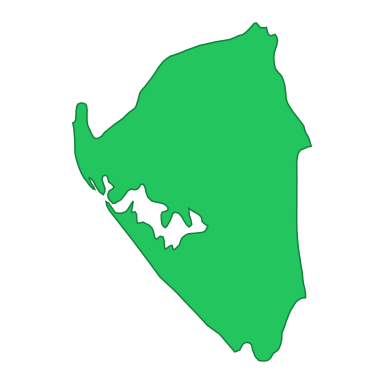 Ndougou, Ogooué-Maritime, Gabon
{"feature_id": "22940354B74005862204828", "entity_name": "Ndougou", "entity_type": "district", "adm_level": 2, "iso_a3": "GAB", "parent_name": "Gabon", "parent_adm1": "Ogooué-Maritime", "projection": "equal_earth", "projection_center": [10.09, -2.451], "detail": "fine", "context": "isolated", "style": "filled", "palette": "green", "viewbox_px": 384, "rotation_deg": 0, "n_neighbors": 0, "source": "geoboundaries", "source_scale": "gbopen_adm2", "svg_char_len": 3604}
<svg xmlns="http://www.w3.org/2000/svg" viewBox="0 0 384 384"><path d="M305.5,297.8L305.5,293.7L304.7,288.6L303.5,284.1L302.8,279.1L302.3,272.8L301.1,266.6L300.2,260.3L299.1,253.1L298.1,246.7L297.4,238.0L296.8,229.6L296.7,217.4L296.9,178.1L296.8,172.2L296.8,168.6L296.7,162.3L297.3,157.3L298.0,153.7L300.3,150.2L303.2,148.9L307.8,146.9L310.3,146.4L311.2,146.2L310.2,142.6L309.3,139.6L307.8,136.0L305.9,133.2L304.8,129.9L303.6,125.7L300.6,121.7L292.4,111.1L289.8,106.9L287.5,103.0L286.2,99.1L285.8,93.4L285.3,89.6L284.6,84.6L283.4,80.5L281.8,76.4L280.2,74.4L278.0,72.2L275.6,68.9L274.5,65.5L274.0,61.3L273.8,57.4L274.3,52.7L275.6,48.4L276.7,45.3L277.5,40.6L276.9,37.3L275.0,34.4L273.1,35.0L271.4,35.8L269.8,35.5L268.0,33.6L266.3,27.4L264.2,27.8L260.4,27.6L258.5,25.4L256.4,23.0L254.3,23.3L251.9,26.0L249.1,29.2L248.1,30.1L245.3,32.8L242.3,34.8L238.3,35.8L235.1,37.4L229.1,39.7L216.4,41.7L199.4,45.5L193.5,47.7L185.8,50.5L180.5,52.8L170.5,56.2L166.6,58.7L163.4,61.4L159.4,66.2L153.0,76.0L145.1,86.4L141.6,90.3L139.8,93.1L138.6,98.1L137.5,101.9L135.9,106.7L134.4,108.7L129.3,112.2L122.9,118.4L119.0,121.3L116.3,123.1L113.5,125.2L111.0,127.2L107.5,130.1L104.7,132.3L103.7,133.5L101.8,136.1L98.7,138.0L96.0,138.6L93.8,137.6L92.4,135.4L91.2,133.1L89.4,129.1L87.6,125.1L87.0,120.2L87.0,114.5L87.1,110.0L86.5,105.5L84.9,103.7L81.2,102.9L78.1,104.0L76.9,106.0L76.0,111.4L76.0,114.4L75.8,119.2L74.6,122.1L72.8,122.9L73.9,128.9L74.8,140.6L75.0,153.2L76.3,159.0L77.9,164.2L79.8,169.5L81.4,173.2L84.1,178.1L86.0,180.4L88.4,183.7L90.3,186.1L92.9,188.8L94.8,189.4L93.7,186.9L91.5,184.0L89.8,180.2L89.0,177.9L90.7,178.4L93.3,181.1L95.4,185.5L97.5,188.7L99.7,192.0L103.2,194.7L104.7,191.9L105.0,188.4L103.7,184.8L102.0,179.6L102.8,176.3L105.3,175.2L107.3,176.4L108.3,179.7L108.7,182.1L111.1,183.7L114.0,186.7L112.7,188.8L109.4,190.7L107.9,194.2L108.0,197.3L109.7,200.2L112.6,203.2L114.8,203.3L121.0,199.7L124.0,196.1L127.8,190.9L131.1,188.9L134.4,189.8L137.8,188.9L139.4,186.7L141.1,184.2L143.5,184.5L145.0,187.2L146.0,192.0L147.8,197.1L151.4,200.7L155.5,202.0L158.4,202.5L162.6,203.4L165.6,205.0L168.1,207.6L167.8,210.0L165.7,211.2L162.3,212.2L161.2,214.6L161.3,219.1L161.9,223.9L163.6,226.5L165.5,227.6L167.0,225.9L170.0,221.0L171.3,217.5L173.0,213.3L175.1,212.2L178.7,213.1L181.4,216.2L183.7,220.2L186.6,224.8L189.1,227.0L191.7,224.6L190.9,220.0L189.2,214.7L188.8,208.2L191.0,210.1L196.1,212.9L199.3,214.9L201.5,217.6L202.2,221.6L203.9,223.3L207.8,226.2L205.6,230.6L203.5,232.0L200.7,232.6L195.5,233.2L190.8,233.5L187.2,234.2L184.3,236.0L181.9,238.1L180.5,241.3L179.5,244.8L176.6,247.6L174.7,249.5L173.3,249.3L171.9,245.3L169.2,246.3L165.9,249.0L164.9,248.8L164.4,245.2L164.1,240.9L163.2,237.1L160.5,236.3L159.6,236.7L156.6,239.3L154.8,237.8L154.2,235.3L153.4,231.5L152.3,228.5L149.8,225.6L146.6,224.0L143.0,222.1L140.9,222.7L137.6,223.3L136.7,219.7L136.6,214.5L135.2,211.8L132.1,212.6L131.5,210.7L132.3,207.2L133.2,201.0L130.3,205.4L128.3,208.7L125.6,211.9L120.2,213.4L115.4,212.8L112.3,208.4L108.6,203.0L106.0,201.7L106.9,205.9L109.8,211.0L117.5,220.8L132.1,239.5L148.4,261.2L159.9,276.9L175.9,291.8L183.4,299.8L197.5,314.6L207.7,325.6L219.6,334.2L234.8,351.9L237.5,350.9L239.8,349.9L241.2,347.2L242.7,344.4L245.0,342.7L247.5,342.5L250.1,343.3L251.6,345.1L252.6,349.7L254.6,355.1L255.8,357.2L258.7,360.4L260.6,360.8L264.9,361.0L267.9,360.3L270.6,358.0L272.1,355.4L273.4,353.3L275.4,352.0L277.8,350.0L279.1,348.2L280.6,344.4L281.7,339.3L282.0,332.8L283.9,328.2L286.1,321.6L288.6,315.0L290.7,310.3L293.3,306.1L295.7,302.2L298.2,300.2L301.4,298.1L305.5,297.8Z" fill="#22c55e" stroke="#15803d" stroke-width="1.5"/></svg>